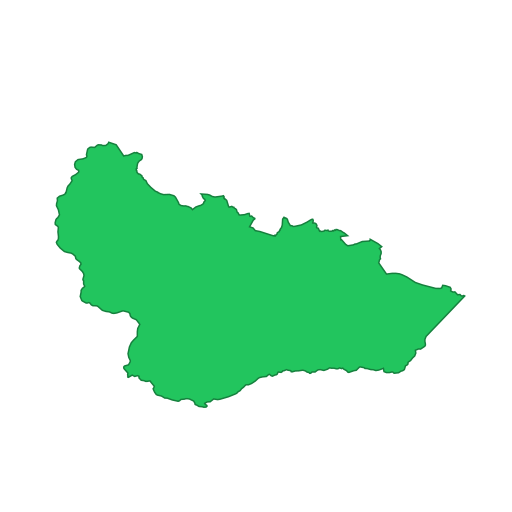 the district of Kirehe, Eastern, Rwanda, rotated 71°
{"feature_id": "39286606B14634167117771", "entity_name": "Kirehe", "entity_type": "district", "adm_level": 2, "iso_a3": "RWA", "parent_name": "Rwanda", "parent_adm1": "Eastern", "projection": "natural_earth1", "projection_center": [30.661, -2.196], "detail": "fine", "context": "isolated", "style": "filled", "palette": "green", "viewbox_px": 512, "rotation_deg": 71, "n_neighbors": 0, "source": "geoboundaries", "source_scale": "gbopen_adm2", "svg_char_len": 6150}
<svg xmlns="http://www.w3.org/2000/svg" viewBox="0 0 512 512"><g transform="rotate(71 256 256)"><path d="M239.7,192.8L240.6,196.7L241.4,203.0L240.6,209.7L240.1,211.4L239.1,212.1L238.5,213.6L234.6,214.5L231.5,214.4L230.3,214.9L230.1,215.5L229.6,215.7L229.6,216.4L228.5,216.9L229.8,218.8L235.3,221.1L237.5,222.7L238.3,224.1L238.9,224.4L239.1,224.9L239.5,224.9L240.1,226.0L240.5,226.1L240.9,228.2L242.0,228.9L242.6,230.3L243.4,231.2L242.9,232.3L242.7,232.2L242.8,232.6L241.8,234.1L234.1,244.4L231.8,248.4L228.5,249.7L226.3,252.6L221.2,246.9L220.5,245.0L220.0,244.9L218.7,246.2L216.8,247.1L216.6,248.7L216.3,248.9L213.5,248.6L213.2,250.0L213.2,253.3L212.1,257.8L211.4,258.7L209.6,258.8L208.2,259.6L205.8,259.4L204.6,260.0L203.8,260.9L202.6,261.1L202.4,261.9L201.2,262.7L201.1,265.5L199.8,265.8L193.9,265.6L192.4,266.4L192.2,267.0L191.4,267.4L191.3,267.0L189.9,267.4L189.5,266.9L188.4,267.2L188.3,268.7L186.9,275.6L185.4,278.1L183.4,279.8L182.0,281.8L179.5,287.7L180.8,287.1L182.2,287.3L184.7,286.9L185.6,286.0L187.1,286.0L188.1,287.8L189.2,288.5L189.7,289.6L190.2,291.9L190.0,293.2L190.1,297.0L191.5,301.0L189.6,301.6L187.0,304.2L186.7,305.0L185.8,306.0L185.2,308.0L183.8,310.6L181.9,312.0L180.3,311.9L174.1,313.0L172.3,314.0L169.6,317.8L167.9,323.4L166.0,326.1L164.2,327.9L163.7,328.7L163.8,328.8L163.4,328.4L162.1,330.0L156.9,333.1L152.3,335.2L148.8,335.6L147.0,337.3L145.3,337.3L144.2,338.0L143.0,337.8L140.7,339.3L140.2,340.4L138.0,341.4L136.8,340.9L136.1,341.3L134.6,340.9L134.5,340.0L133.3,339.7L130.4,338.1L129.4,337.3L128.1,335.3L127.5,332.9L126.7,332.0L125.1,331.1L122.8,331.0L121.0,333.5L119.3,335.0L119.6,335.8L118.6,337.3L119.2,344.3L118.5,346.4L118.4,348.5L105.3,352.0L100.5,358.2L101.6,359.2L102.6,362.0L101.7,365.0L100.7,366.0L99.5,368.9L99.6,370.0L100.8,373.2L99.4,376.4L99.2,377.7L100.0,380.1L100.7,380.7L104.5,383.0L105.2,383.4L106.5,383.3L107.5,384.1L107.7,385.1L107.8,388.1L106.9,392.9L108.1,396.1L110.4,397.7L113.3,398.2L115.6,397.4L117.2,395.9L118.5,396.1L119.1,396.6L120.3,399.9L120.9,403.8L121.7,405.1L122.8,405.5L124.6,405.3L125.3,405.8L127.4,408.6L128.6,410.9L130.0,412.3L133.9,414.8L134.0,415.3L134.5,415.3L134.8,415.7L135.4,417.1L135.6,418.6L135.5,422.3L136.6,425.1L139.2,425.8L141.6,427.5L143.5,428.3L147.9,427.8L153.1,428.4L155.3,431.0L155.7,432.3L156.6,433.4L159.2,435.1L160.9,435.5L163.5,433.7L164.7,433.6L168.7,435.4L173.2,436.4L175.3,437.2L176.7,438.3L177.1,439.3L178.1,440.3L180.2,440.2L184.8,438.5L189.4,435.7L191.3,433.0L193.0,430.0L194.3,428.7L197.4,426.9L199.6,427.2L200.7,426.9L203.7,424.8L205.4,423.9L206.9,424.2L207.9,425.7L209.8,427.0L210.6,427.0L214.2,425.2L216.6,424.7L218.5,425.0L221.6,427.2L222.4,427.4L223.2,427.0L226.3,428.1L228.8,427.8L229.4,428.6L230.0,430.6L231.5,432.5L233.2,433.1L237.1,435.4L241.2,435.2L241.9,434.9L245.1,432.0L245.5,431.0L245.6,429.3L246.1,428.5L248.6,427.6L249.9,426.4L251.1,423.1L252.0,422.0L257.3,419.0L259.6,415.9L261.1,412.8L263.2,410.7L264.0,409.1L264.5,406.1L264.5,400.3L264.7,399.3L267.6,394.9L269.2,394.0L271.7,394.3L273.3,393.8L274.5,393.0L277.3,389.9L282.8,388.1L286.0,391.4L288.8,392.8L293.4,394.4L295.7,399.2L297.4,402.1L300.8,405.3L306.7,408.8L310.4,409.3L313.8,408.9L314.6,409.1L315.6,409.9L317.4,412.0L317.2,415.9L317.5,416.8L318.2,417.3L319.5,417.5L325.0,415.2L326.6,416.1L328.2,416.1L328.5,416.6L329.0,416.5L329.2,416.1L328.3,411.8L330.4,409.9L330.5,407.1L331.6,405.8L333.2,406.3L336.1,405.0L337.6,402.1L338.5,401.4L339.1,399.7L339.5,397.0L346.0,394.6L347.4,395.5L347.9,396.4L348.7,396.5L351.7,396.2L354.5,395.4L355.5,394.4L357.6,391.0L360.6,388.5L361.5,386.2L364.8,382.1L368.0,376.9L368.0,375.5L367.2,373.7L367.3,373.2L368.1,369.9L368.0,369.1L368.5,367.5L369.5,365.5L372.9,362.1L375.4,361.7L376.5,361.9L376.9,361.6L377.4,360.8L379.7,358.9L381.1,355.8L381.9,354.7L382.6,352.5L382.0,351.2L381.3,351.1L379.7,352.3L378.6,352.5L378.1,349.5L378.9,346.8L377.4,342.6L379.3,339.0L379.7,336.6L380.1,327.8L379.7,320.4L379.5,318.9L378.6,317.3L378.1,314.8L376.8,312.9L376.0,310.5L374.6,307.8L374.6,307.1L375.3,305.0L375.1,301.7L374.0,297.4L372.4,293.8L372.1,292.3L372.4,289.2L373.3,285.4L372.2,282.7L372.3,281.7L374.2,280.6L375.0,279.5L374.7,277.1L374.9,275.2L374.5,274.3L373.1,273.1L373.0,272.6L374.2,270.2L373.9,268.9L373.3,268.0L373.6,267.0L373.4,264.1L374.3,263.1L375.7,260.5L376.9,260.4L377.3,259.5L377.5,256.1L378.4,253.3L379.2,248.9L380.8,246.6L382.0,245.9L382.7,245.0L383.2,244.0L384.4,243.4L384.6,242.9L384.5,242.0L383.9,240.7L384.9,237.9L384.0,235.2L383.9,233.9L384.4,232.1L386.3,229.1L386.3,225.2L385.7,222.9L386.7,221.1L387.5,218.7L388.8,216.8L389.3,215.3L389.0,213.4L390.4,211.6L390.2,210.7L390.5,210.3L391.5,209.9L393.9,207.7L395.7,207.0L396.3,206.1L396.3,200.8L396.7,198.4L394.8,194.6L394.7,193.7L396.9,190.0L397.8,189.6L398.7,187.4L400.8,184.4L401.7,182.1L403.3,180.0L403.8,177.1L403.7,172.1L407.0,172.6L408.7,170.6L409.7,167.8L409.9,165.3L410.2,164.5L411.8,163.6L412.8,159.2L412.1,156.5L412.2,154.6L411.7,152.7L408.5,150.4L408.2,148.5L407.5,147.4L406.3,147.1L405.8,146.3L405.2,143.9L403.4,141.2L402.2,138.5L399.8,136.5L397.0,136.0L396.8,132.5L397.6,130.7L396.3,125.8L395.5,124.9L394.4,124.5L391.7,124.1L389.8,123.4L387.4,121.4L361.8,71.7L361.0,72.4L361.0,74.1L360.5,74.9L358.8,75.7L358.3,78.0L354.7,79.6L354.2,81.6L352.3,83.3L350.7,82.3L348.8,82.6L345.8,86.5L344.5,89.0L346.7,90.9L346.6,92.6L345.1,96.7L337.6,108.0L332.9,114.0L325.0,120.2L321.3,124.0L319.6,126.1L317.9,129.5L316.7,133.1L315.6,138.5L302.5,142.2L299.6,140.3L299.2,139.2L297.6,139.1L295.9,138.2L294.6,137.0L292.8,136.3L291.0,136.3L289.1,136.9L288.1,134.1L284.0,136.7L277.5,142.5L278.3,142.7L278.3,143.5L278.8,143.8L276.9,150.8L277.3,157.1L276.9,158.6L277.2,160.3L276.2,165.9L274.1,167.5L268.5,169.8L268.3,170.6L265.1,169.7L266.6,162.8L262.9,165.1L261.9,166.1L259.6,167.7L259.1,168.9L257.5,170.6L257.0,171.7L257.6,172.4L256.9,173.4L257.6,174.4L256.9,175.3L257.3,176.1L256.5,178.6L255.8,179.5L255.0,179.5L254.9,181.0L254.1,182.3L254.1,182.8L254.6,183.5L254.4,185.0L254.0,186.6L253.1,187.3L253.2,187.8L250.0,188.1L249.3,189.2L248.5,189.4L247.1,188.5L245.4,188.6L244.1,189.6L243.2,191.6L241.3,190.4L239.9,190.3L239.5,190.9L239.7,192.8Z" fill="#22c55e" stroke="#15803d" stroke-width="1.5"/></g></svg>